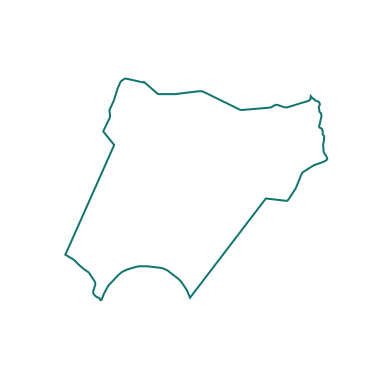 SVG path tracing the border of Batha, rotated 204°
{"feature_id": "TCD-1472", "entity_name": "Batha", "entity_type": "Prefecture", "adm_level": 1, "iso_a3": "TCD", "parent_name": "Chad", "parent_adm1": "", "projection": "mercator", "projection_center": [18.213, 14.169], "detail": "fine", "context": "isolated", "style": "outline", "palette": "teal", "viewbox_px": 384, "rotation_deg": 204, "n_neighbors": 0, "source": "natural_earth", "source_scale": "10m", "svg_char_len": 2317}
<svg xmlns="http://www.w3.org/2000/svg" viewBox="0 0 384 384"><g transform="rotate(204 192 192)"><path d="M94.5,261.6L98.6,255.5L99.1,254.4L99.2,253.1L98.7,237.6L98.8,237.0L100.8,224.5L101.1,223.6L101.4,222.8L102.2,222.3L121.9,216.1L150.8,94.6L156.8,100.3L165.0,105.4L169.0,107.1L182.7,110.4L188.1,110.3L190.0,109.9L203.1,105.8L209.7,102.8L212.5,101.0L219.8,94.7L223.3,90.6L225.3,86.8L230.3,72.6L230.4,71.7L231.1,63.5L230.8,56.7L230.9,56.3L231.2,56.1L231.6,56.1L232.3,56.3L233.3,57.2L233.7,57.5L234.4,57.5L235.7,57.3L236.1,57.3L236.9,57.4L239.1,58.1L239.6,58.3L240.1,58.7L240.9,59.4L241.3,59.8L241.6,60.3L241.9,61.7L242.7,68.1L242.9,68.5L243.0,68.8L243.5,69.7L244.4,70.6L253.1,76.2L254.1,76.6L259.3,77.5L267.3,80.0L269.8,81.2L273.3,82.2L282.2,83.2L282.2,193.5L282.2,203.3L296.9,210.8L297.6,211.2L297.8,211.7L297.3,226.3L297.7,227.8L298.2,229.1L300.5,232.8L300.7,233.4L300.6,244.2L302.1,256.3L302.1,263.4L301.9,264.1L301.5,265.1L299.7,267.9L299.2,268.4L298.9,268.5L298.2,268.8L281.4,272.2L280.9,272.5L281.0,272.8L281.5,273.3L262.9,267.6L247.5,274.4L227.7,286.3L224.1,288.0L223.0,288.2L222.1,288.2L182.2,286.7L181.1,286.8L179.8,287.2L156.2,300.2L154.3,301.5L151.3,305.3L150.4,306.0L149.6,306.3L142.1,307.0L141.1,307.3L139.9,307.7L122.8,322.5L121.5,324.4L122.5,327.9L122.0,327.7L121.4,327.4L121.1,327.2L120.6,326.8L120.2,326.7L119.9,326.6L118.4,326.5L118.1,326.4L117.8,326.3L117.3,325.8L117.0,325.7L116.6,325.6L116.2,325.6L115.9,325.7L115.2,325.9L114.8,326.0L114.4,326.0L113.6,325.9L112.8,325.8L112.5,325.7L112.2,325.5L111.9,325.3L111.0,324.3L110.8,324.0L110.7,323.5L110.8,321.7L110.7,321.2L110.5,320.7L110.1,320.1L109.4,319.4L109.2,319.1L108.8,318.0L108.6,317.6L108.4,317.3L108.1,317.1L106.5,316.5L106.2,316.4L106.0,316.1L104.8,314.6L104.5,313.6L102.8,305.3L102.8,304.4L102.7,303.8L102.2,303.1L101.8,302.8L101.4,302.7L100.9,302.7L100.1,302.7L99.7,302.7L99.3,302.6L99.0,302.5L98.7,302.3L98.5,302.0L98.0,301.3L97.4,300.8L97.2,300.4L96.9,299.9L96.3,298.3L96.0,297.9L95.8,297.7L95.5,297.5L94.8,297.2L94.5,297.0L94.3,296.8L94.0,296.6L93.8,296.3L93.4,295.5L92.5,293.1L91.5,288.8L91.2,288.1L88.4,282.7L87.9,282.2L86.0,280.6L84.4,279.7L82.4,278.0L82.1,277.8L82.0,277.5L81.9,277.1L81.9,276.5L82.0,276.1L82.1,275.8L83.9,273.3L89.7,267.7L90.6,267.0L91.6,265.9L94.5,261.6Z" fill="none" stroke="#0f766e" stroke-width="2"/></g></svg>